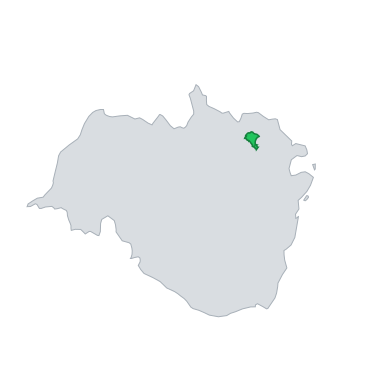 Tram Kak, Takêv, Cambodia (highlighted), rotated 216°
{"feature_id": "14789045B29748003627155", "entity_name": "Tram Kak", "entity_type": "district", "adm_level": 2, "iso_a3": "KHM", "parent_name": "Cambodia", "parent_adm1": "Takêv", "projection": "orthographic", "projection_center": [104.595, 11.012], "detail": "fine", "context": "in_parent", "style": "filled", "palette": "green", "viewbox_px": 384, "rotation_deg": 216, "n_neighbors": 0, "source": "geoboundaries", "source_scale": "gbopen_adm2", "svg_char_len": 5300}
<svg xmlns="http://www.w3.org/2000/svg" viewBox="0 0 384 384"><g transform="rotate(216 192 192)"><path d="M316.8,83.2L317.6,86.0L315.6,91.3L313.5,96.1L309.4,100.3L309.3,103.3L308.0,112.5L308.6,115.4L309.5,117.9L310.9,119.2L314.6,128.1L317.9,136.2L321.2,142.9L321.8,147.1L319.0,157.9L315.7,167.8L316.0,172.7L317.6,177.6L319.2,184.1L319.9,192.5L319.1,198.0L317.6,201.4L314.6,204.9L312.1,206.7L308.9,203.8L306.4,203.7L303.1,204.6L300.5,206.0L295.2,211.1L289.3,216.1L281.1,217.5L278.0,221.2L274.6,221.7L268.1,221.9L263.8,222.8L264.0,224.7L263.7,233.4L263.8,235.5L263.2,236.0L260.3,236.3L255.3,235.0L248.5,232.9L243.7,232.6L241.3,236.4L239.8,237.9L238.0,238.1L236.1,238.8L235.5,240.5L235.3,242.6L236.3,246.3L236.6,252.1L236.4,256.0L238.2,258.5L248.5,266.9L251.6,268.9L251.9,270.2L250.2,274.8L251.8,281.2L248.6,281.1L243.2,278.3L240.6,276.7L237.5,278.0L236.4,277.8L234.2,274.6L231.5,271.4L228.6,271.2L222.6,272.5L216.5,273.4L214.2,273.4L213.2,274.0L209.6,278.8L208.1,278.0L201.9,276.2L196.3,275.5L195.1,276.7L195.8,280.6L197.1,284.5L196.3,286.1L193.2,288.1L189.1,291.7L186.6,294.5L184.9,295.2L178.6,295.1L172.4,295.5L169.9,298.1L167.6,300.2L165.5,300.8L157.4,294.2L141.3,291.9L139.5,289.0L138.0,288.4L136.5,292.2L127.6,295.8L123.9,293.6L121.1,290.9L121.6,287.7L124.1,285.0L128.5,283.2L130.6,276.5L127.3,268.0L124.3,265.5L121.3,263.5L118.0,266.7L115.2,272.1L112.3,274.9L108.3,275.5L102.4,275.2L100.1,267.1L99.4,260.2L100.2,252.3L101.2,247.6L95.5,241.1L95.2,234.9L92.5,231.7L91.7,233.3L91.7,235.1L91.0,233.8L82.1,215.7L80.7,207.3L82.3,200.8L83.2,198.7L80.6,195.3L77.0,191.4L70.6,186.3L70.3,178.3L68.9,168.8L67.0,165.7L64.1,159.8L62.6,155.0L62.2,142.3L63.0,141.3L67.5,140.9L73.4,140.1L74.3,138.0L73.3,136.3L77.0,133.5L82.4,127.2L86.5,120.6L89.5,116.5L91.3,112.4L97.3,106.6L105.6,102.6L111.2,101.6L117.0,100.3L122.6,98.3L125.3,98.2L132.2,100.6L135.9,101.2L139.8,101.2L143.9,101.4L147.5,101.2L156.0,99.5L165.0,100.8L173.0,99.8L182.9,97.9L187.8,99.1L192.3,101.0L192.9,104.9L193.9,106.6L195.4,108.0L197.4,108.0L199.9,105.3L202.0,102.5L202.7,102.0L202.8,103.4L203.9,106.4L205.8,109.3L207.7,111.3L210.9,113.9L213.0,114.0L219.8,111.5L230.0,115.1L231.2,116.9L234.6,120.5L238.1,123.2L246.1,123.3L248.9,116.8L247.5,112.9L242.9,106.1L241.7,102.0L243.1,101.3L250.8,100.5L252.0,99.7L253.7,95.3L255.8,95.7L260.0,96.3L264.5,93.2L267.1,90.0L268.6,91.5L270.2,93.7L272.0,95.0L275.2,96.9L278.8,99.6L281.0,102.2L282.8,103.2L287.4,102.4L288.6,102.5L291.2,99.3L293.1,97.5L294.6,98.0L296.9,98.0L301.7,93.8L304.3,90.1L305.8,89.0L310.1,90.8L311.8,90.4L314.2,85.3L316.8,83.2ZM97.1,256.4L96.3,256.9L95.4,256.9L94.6,256.1L94.7,253.2L95.3,251.4L96.8,251.1L97.1,256.4ZM110.5,285.1L108.7,287.1L105.8,283.0L105.9,281.9L110.5,285.1Z" fill="#d9dde1" stroke="#a8b0b8" stroke-width="1"/><path d="M164.8,264.1L164.8,265.4L164.8,267.1L165.1,266.9L165.3,266.9L165.5,266.8L165.8,266.9L165.9,267.0L166.0,267.0L166.3,267.3L166.6,267.4L166.8,267.4L166.9,267.5L167.0,267.5L167.0,268.1L167.3,267.8L167.7,268.1L168.6,267.4L168.6,268.0L169.0,268.0L169.4,268.4L169.6,268.7L169.8,268.9L169.9,269.0L170.0,269.3L170.2,269.5L170.3,269.7L170.3,269.8L170.4,270.0L170.6,270.3L170.7,270.5L170.8,270.8L170.9,271.1L170.9,271.4L171.0,271.5L171.1,272.0L171.2,272.7L171.3,272.8L171.2,273.1L171.2,273.4L171.2,273.5L171.2,274.2L171.3,274.5L171.2,274.6L170.3,276.4L171.0,276.7L171.5,276.8L171.9,276.7L172.1,276.7L172.3,276.7L173.2,276.8L173.4,276.8L173.5,276.8L174.1,276.5L175.1,276.0L175.3,276.0L175.5,276.0L175.7,275.9L175.9,275.8L176.3,275.8L176.8,275.7L177.0,275.7L177.1,275.8L177.5,276.0L177.8,276.1L178.0,276.0L178.3,276.0L178.4,275.9L178.6,275.9L178.9,275.8L179.1,275.7L179.3,275.5L179.3,275.3L179.4,275.1L179.5,274.8L179.6,274.6L179.8,274.6L179.8,274.2L179.8,273.9L180.1,273.8L180.3,273.6L180.4,273.2L181.2,273.0L181.3,272.8L181.4,272.5L181.6,272.1L181.7,271.2L181.7,270.9L181.7,270.7L181.8,270.3L181.8,270.0L181.8,269.2L181.2,269.0L181.2,268.9L181.2,268.7L181.1,268.8L181.1,268.7L180.9,268.6L180.7,268.6L180.8,268.1L180.8,267.8L180.8,267.6L180.9,267.4L180.9,267.2L181.0,267.0L181.0,266.9L180.9,266.9L180.7,266.8L180.7,266.7L180.6,266.8L180.4,266.9L180.4,267.0L180.3,266.9L180.2,266.9L180.0,267.0L179.9,267.0L179.8,266.9L179.7,266.9L179.7,267.0L179.7,266.9L179.5,267.0L179.4,267.0L179.2,267.0L179.1,266.9L178.9,266.7L178.5,266.7L178.4,266.5L178.2,266.4L177.9,266.4L177.9,266.5L177.7,266.6L177.4,266.7L177.1,266.7L177.0,266.8L176.9,266.8L176.7,266.8L176.4,266.8L176.3,266.7L176.3,266.8L176.2,266.8L176.2,267.0L175.9,267.1L175.7,267.0L175.6,266.9L175.3,266.8L175.2,266.8L175.0,266.7L174.8,266.7L174.7,266.7L174.4,266.7L174.2,266.6L173.9,266.6L173.7,266.5L173.6,266.4L173.4,266.3L173.3,266.2L173.2,266.2L172.9,266.1L172.7,266.1L172.4,266.0L172.2,265.9L172.1,266.0L172.0,265.9L171.9,265.9L171.5,265.7L171.3,265.7L171.1,265.6L170.9,265.5L170.9,265.4L170.7,265.4L170.6,265.2L170.4,265.1L170.2,264.9L170.0,264.7L170.0,264.4L169.9,264.4L169.6,264.4L169.5,264.5L169.4,264.6L169.2,264.7L168.9,264.7L168.8,264.8L168.8,264.7L168.7,264.7L168.5,264.8L168.3,264.7L168.2,264.7L167.9,264.8L167.9,264.7L167.7,264.7L167.4,264.7L167.3,264.8L167.2,264.8L167.2,264.7L166.9,264.6L166.7,264.5L166.5,264.4L166.4,264.4L166.2,264.3L166.0,264.5L165.9,264.5L165.7,264.5L165.6,264.4L165.4,264.4L165.2,264.4L164.9,264.2L164.8,264.1Z" fill="#22c55e" stroke="#15803d" stroke-width="1.5"/></g></svg>